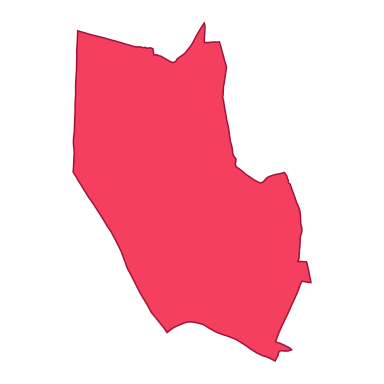 Binh Minh, Vĩnh Long, Vietnam (Natural Earth projection)
{"feature_id": "81297802B92843974613199", "entity_name": "Binh Minh", "entity_type": "district", "adm_level": 2, "iso_a3": "VNM", "parent_name": "Vietnam", "parent_adm1": "Vĩnh Long", "projection": "natural_earth1", "projection_center": [105.858, 10.046], "detail": "fine", "context": "isolated", "style": "filled", "palette": "rose", "viewbox_px": 384, "rotation_deg": 0, "n_neighbors": 0, "source": "geoboundaries", "source_scale": "gbopen_adm2", "svg_char_len": 4680}
<svg xmlns="http://www.w3.org/2000/svg" viewBox="0 0 384 384"><path d="M219.4,41.8L216.3,42.2L214.4,41.9L208.9,42.5L206.0,42.5L204.2,42.4L204.4,38.2L204.6,35.2L204.9,29.6L204.9,27.6L204.9,25.5L204.7,24.4L204.2,23.0L203.6,23.9L201.0,28.0L199.6,30.2L196.5,35.6L194.1,40.1L192.2,43.7L190.6,46.1L188.9,48.3L184.9,53.2L182.7,55.0L179.8,56.9L177.5,58.7L176.7,59.5L176.1,60.7L175.8,61.4L175.2,61.9L173.9,62.3L172.5,62.3L171.1,62.0L168.6,60.6L162.5,57.1L161.0,56.2L159.6,55.9L158.0,55.3L156.5,54.7L155.7,54.6L154.5,55.2L154.0,55.1L153.7,54.6L153.6,53.0L153.5,51.7L153.0,50.0L153.0,48.8L152.8,48.6L152.2,48.5L151.5,48.2L151.2,48.0L150.9,48.0L150.5,47.9L150.0,47.9L149.5,47.9L148.7,47.9L147.9,48.1L147.3,48.3L147.0,48.3L146.7,48.1L145.8,47.6L145.4,47.4L145.2,47.3L144.7,47.4L143.6,47.6L143.0,47.7L142.6,47.7L141.9,47.3L141.3,47.1L140.8,47.0L140.0,46.9L138.6,46.9L137.3,46.9L135.7,46.9L134.6,46.7L133.1,46.3L131.2,45.7L129.4,45.1L125.9,44.2L123.1,43.3L121.3,42.7L118.4,42.0L116.4,41.3L114.8,40.8L113.6,40.6L109.5,39.5L106.4,38.6L105.7,38.3L101.4,37.3L99.4,36.7L97.8,36.4L92.5,35.0L90.2,34.5L89.6,34.3L85.0,32.9L82.0,32.0L81.3,31.9L77.7,30.8L77.6,32.9L77.4,38.0L77.2,44.0L77.0,45.7L76.7,51.2L76.8,55.8L76.7,60.4L76.5,70.2L76.2,73.9L75.6,84.6L75.6,88.4L75.6,94.6L75.3,99.2L75.1,103.5L75.0,113.8L74.7,119.0L74.4,128.4L74.4,131.0L73.5,138.0L73.4,143.4L73.7,147.6L74.1,149.7L74.0,151.1L74.2,153.4L73.9,158.0L73.5,167.1L73.1,172.0L76.0,176.5L77.3,179.1L80.6,184.3L89.1,198.0L90.2,199.3L92.0,202.0L94.1,205.1L103.4,219.6L106.7,225.3L111.2,231.9L116.0,241.0L119.0,247.0L121.4,252.0L125.3,262.5L127.4,268.4L131.9,276.8L134.6,282.1L134.9,282.7L139.9,292.6L143.4,298.5L147.8,305.7L150.9,311.8L163.4,327.3L167.1,332.6L171.0,329.4L174.0,327.4L177.4,325.8L183.4,323.3L186.1,322.4L188.1,322.0L190.8,321.9L193.4,322.1L197.2,322.9L199.7,323.5L202.4,324.3L203.9,324.9L205.2,325.6L208.8,328.0L212.1,329.8L214.7,331.3L217.7,332.7L220.0,333.5L222.7,334.6L225.5,335.4L228.5,336.5L231.0,337.4L236.2,339.5L240.0,341.9L243.3,343.9L247.0,346.3L249.8,348.5L252.2,350.0L256.4,352.7L262.2,355.5L267.3,357.1L269.2,358.0L271.3,359.0L274.3,360.6L274.6,360.7L275.1,361.0L276.5,357.9L277.7,356.3L278.3,354.1L278.5,352.9L279.1,351.9L279.7,351.3L280.4,350.8L280.7,350.8L280.8,350.7L281.1,350.7L281.4,350.7L282.8,350.8L284.1,351.0L285.3,351.1L286.4,351.0L287.4,351.0L288.1,351.0L288.9,350.7L290.2,350.2L291.1,350.0L291.7,349.8L291.7,349.6L288.7,347.4L285.2,345.7L283.2,344.7L280.8,343.6L278.4,342.8L275.5,341.9L278.1,334.8L278.8,333.0L281.6,326.6L282.6,324.5L285.6,318.2L286.5,316.4L289.6,309.8L290.4,307.7L293.5,301.1L294.5,299.0L297.2,292.9L298.3,290.1L300.2,284.7L301.1,282.9L302.0,281.1L302.9,281.4L303.6,281.5L305.3,281.8L306.8,282.1L308.2,282.4L309.5,282.5L310.9,282.6L310.8,281.3L309.7,276.3L309.3,273.9L308.1,268.2L307.6,266.1L307.1,264.0L307.0,263.1L306.7,262.3L306.4,261.8L303.8,261.7L300.1,261.4L297.9,261.5L298.3,260.3L299.0,258.4L299.1,256.1L299.4,251.6L299.4,250.4L299.8,247.5L300.1,243.2L300.1,241.6L300.2,238.4L300.3,237.2L300.9,234.6L301.5,232.9L301.9,231.1L301.9,229.7L301.9,228.4L301.3,225.7L300.9,224.6L300.8,223.6L300.7,220.6L300.5,217.8L300.5,216.3L300.3,214.1L300.0,211.8L299.5,209.7L299.2,208.7L298.7,207.3L298.2,206.0L297.6,204.7L297.0,203.6L296.3,201.8L295.9,200.3L295.0,197.8L293.8,194.2L293.3,192.9L292.6,191.4L292.1,189.7L291.6,188.6L291.0,186.7L290.3,184.5L290.1,184.1L289.9,183.8L289.6,183.7L289.1,183.5L288.7,183.2L288.5,182.7L288.4,181.8L288.3,180.9L288.3,180.3L288.2,180.0L287.8,179.3L287.5,178.6L287.3,178.1L287.0,176.8L286.6,175.6L284.5,172.5L283.2,172.8L281.2,173.3L278.7,174.0L276.5,174.3L275.5,174.4L274.2,174.8L273.1,175.3L272.0,175.6L270.1,176.2L268.0,177.1L267.2,177.6L266.7,177.9L265.2,179.6L263.8,181.2L262.9,182.0L261.5,182.8L260.6,182.8L259.1,182.5L257.0,181.4L254.3,180.0L254.1,179.9L252.3,178.7L249.5,176.7L248.4,176.0L246.8,175.0L244.8,173.4L242.5,171.4L240.3,169.6L238.9,168.6L237.4,167.7L236.5,167.0L236.0,166.2L235.6,165.2L235.4,164.4L235.4,164.1L235.4,163.5L235.7,162.0L235.9,161.1L236.0,159.8L236.0,159.3L235.8,158.7L235.4,157.9L234.7,157.3L233.9,156.3L233.4,155.4L232.8,153.3L232.7,152.3L232.4,149.8L232.3,149.3L232.2,148.5L231.7,146.0L231.5,145.1L230.7,142.4L230.4,141.2L230.1,139.0L230.0,138.4L229.5,135.2L229.5,134.5L229.3,133.6L229.0,131.6L228.9,130.4L228.6,128.3L228.5,127.6L227.8,124.5L227.5,123.4L226.9,120.8L226.7,119.7L226.3,117.2L226.2,116.5L225.6,113.3L225.5,112.2L225.0,109.7L224.7,108.5L224.4,105.9L224.1,104.4L223.7,102.3L223.5,100.3L223.1,98.8L222.8,98.1L222.7,97.7L223.0,95.8L223.5,86.3L224.2,83.1L225.6,73.0L226.2,69.6L226.5,67.0L224.2,59.2L223.5,56.5L220.9,46.8L220.0,43.9L219.8,43.5L219.4,41.8Z" fill="#f43f5e" stroke="#9f1239" stroke-width="1.5"/></svg>